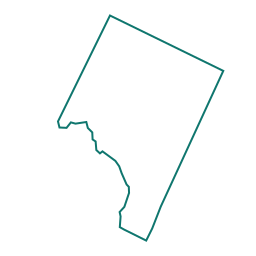 Crane, Texas, United States of America (orthographic projection), rotated 26°
{"feature_id": "52423323B45238818245083", "entity_name": "Crane", "entity_type": "district", "adm_level": 2, "iso_a3": "USA", "parent_name": "United States of America", "parent_adm1": "Texas", "projection": "orthographic", "projection_center": [-102.544, 31.369], "detail": "fine", "context": "isolated", "style": "outline", "palette": "teal", "viewbox_px": 256, "rotation_deg": 26, "n_neighbors": 0, "source": "geoboundaries", "source_scale": "gbopen_adm2", "svg_char_len": 512}
<svg xmlns="http://www.w3.org/2000/svg" viewBox="0 0 256 256"><g transform="rotate(26 128 128)"><path d="M62.5,34.8L62.2,152.8L66.2,157.6L72.7,154.8L74.2,148.0L78.9,147.1L87.9,140.9L91.9,145.6L97.8,147.6L101.2,153.8L104.8,154.3L109.2,161.7L113.9,163.1L115.3,160.2L131.1,163.1L136.9,166.3L142.1,171.4L151.5,179.4L154.5,180.5L157.4,185.9L159.3,200.5L157.3,207.2L160.1,210.7L164.1,220.7L169.0,221.0L193.7,221.2L193.8,207.7L191.9,184.3L188.6,34.9L62.5,34.8Z" fill="none" stroke="#0f766e" stroke-width="2"/></g></svg>